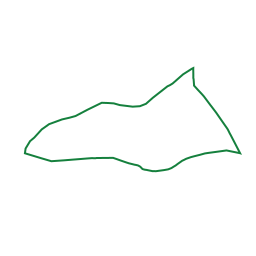 outline of Al Lait, North Darfur, Sudan, rotated 350°
{"feature_id": "16777658B5363831702357", "entity_name": "Al Lait", "entity_type": "district", "adm_level": 2, "iso_a3": "SDN", "parent_name": "Sudan", "parent_adm1": "North Darfur", "projection": "mercator", "projection_center": [26.82, 11.965], "detail": "fine", "context": "isolated", "style": "outline", "palette": "green", "viewbox_px": 256, "rotation_deg": 350, "n_neighbors": 0, "source": "geoboundaries", "source_scale": "gbopen_adm2", "svg_char_len": 1524}
<svg xmlns="http://www.w3.org/2000/svg" viewBox="0 0 256 256"><g transform="rotate(350 128 128)"><path d="M144.9,174.8L148.2,175.4L156.1,175.7L160.3,175.7L160.9,175.6L163.8,175.0L166.5,173.9L168.4,173.2L170.7,172.0L173.7,170.6L175.8,169.6L177.1,169.3L180.0,168.4L185.0,167.6L188.6,167.3L194.2,166.9L199.3,166.4L203.1,166.5L212.8,166.9L221.1,167.2L224.9,168.7L233.8,172.2L234.0,172.3L230.7,161.7L227.8,152.5L227.3,151.1L226.2,147.3L225.8,146.2L225.5,145.5L223.3,140.8L221.4,136.7L220.9,135.6L217.5,128.2L213.7,120.8L213.3,120.1L212.9,119.3L208.2,110.0L206.8,107.7L203.6,102.8L200.4,97.7L200.6,96.6L200.6,96.4L200.6,96.2L201.1,91.1L201.0,90.4L201.0,90.0L201.1,89.6L201.2,89.1L201.8,85.6L202.5,81.2L202.6,80.8L202.7,80.3L202.0,80.5L201.0,80.8L191.6,84.7L179.7,91.9L176.7,93.1L174.1,93.8L157.6,102.6L149.9,107.3L143.5,108.6L136.3,107.8L123.9,104.0L118.3,101.3L112.6,99.9L106.5,98.6L91.2,103.0L78.4,107.1L72.2,107.7L64.5,108.1L51.0,110.5L42.8,114.4L34.0,121.2L29.3,123.9L23.6,130.4L22.1,135.0L37.7,142.9L46.8,147.4L59.1,148.7L68.6,149.6L76.9,150.4L82.3,150.9L87.3,151.4L87.7,151.5L89.5,151.9L90.0,152.0L90.5,152.1L91.2,152.1L91.8,152.1L92.3,152.2L98.5,153.2L103.2,154.0L108.1,154.8L111.2,156.5L115.4,158.9L121.2,162.1L122.2,162.6L122.5,162.8L125.9,164.3L128.1,165.3L129.0,165.6L130.9,166.4L131.3,166.6L132.0,167.1L133.3,168.2L134.0,169.2L134.1,169.4L134.9,170.5L135.1,170.9L136.1,171.4L136.3,171.5L137.4,172.0L139.0,172.5L139.3,172.6L139.7,172.8L144.8,174.8L144.9,174.8Z" fill="none" stroke="#15803d" stroke-width="2"/></g></svg>